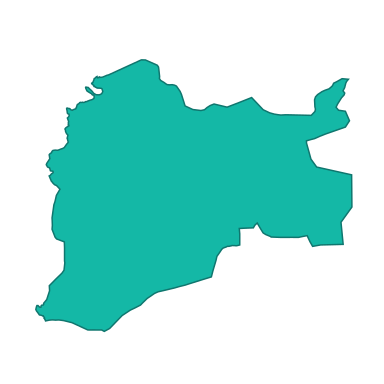 Bukkuyum, Zamfara, Nigeria (Natural Earth projection), rotated 87°
{"feature_id": "59680162B43558777101724", "entity_name": "Bukkuyum", "entity_type": "district", "adm_level": 2, "iso_a3": "NGA", "parent_name": "Nigeria", "parent_adm1": "Zamfara", "projection": "natural_earth1", "projection_center": [5.481, 11.985], "detail": "fine", "context": "isolated", "style": "filled", "palette": "teal", "viewbox_px": 384, "rotation_deg": 87, "n_neighbors": 0, "source": "geoboundaries", "source_scale": "gbopen_adm2", "svg_char_len": 5548}
<svg xmlns="http://www.w3.org/2000/svg" viewBox="0 0 384 384"><g transform="rotate(87 192 192)"><path d="M252.2,43.8L230.0,44.8L215.4,33.1L183.2,31.7L173.6,66.2L165.4,71.5L158.5,73.0L149.1,75.1L146.8,75.0L146.7,74.2L145.9,70.8L145.1,66.8L144.0,63.9L142.9,61.1L142.5,59.8L141.1,55.7L135.2,35.4L129.1,31.0L119.4,34.6L118.0,41.4L114.9,43.7L113.2,42.8L111.6,41.9L105.8,37.8L103.0,35.0L101.2,34.3L98.9,35.9L95.8,34.1L91.3,32.7L89.7,31.8L87.6,29.9L86.7,36.2L89.5,41.9L90.8,44.9L92.1,45.5L93.5,46.4L94.8,48.0L96.2,49.9L97.3,53.7L98.6,57.0L101.3,61.5L103.5,63.7L106.4,64.8L110.1,64.8L113.4,64.8L115.7,64.4L118.0,65.0L121.7,68.9L119.8,94.2L119.8,96.5L119.8,99.4L119.3,102.1L119.0,103.5L118.5,105.9L118.3,106.4L117.0,110.3L113.6,116.6L100.8,127.5L105.4,141.1L106.4,144.2L109.1,152.5L105.3,165.4L106.6,169.3L108.4,172.5L110.5,175.2L111.1,178.8L109.7,186.8L105.7,194.4L94.1,197.4L90.9,198.6L85.4,202.0L84.4,203.8L83.8,206.1L83.8,209.1L83.4,211.4L81.0,214.4L79.0,217.4L77.1,218.6L75.0,218.3L67.9,218.7L65.5,218.9L63.6,220.0L57.7,231.6L57.4,235.7L70.8,269.5L70.9,270.6L71.4,271.9L71.8,273.0L72.5,275.0L72.7,275.9L72.7,277.4L72.5,278.0L72.2,278.3L72.3,278.6L72.5,278.6L72.8,278.8L72.7,279.4L73.0,279.8L73.0,280.4L72.4,280.7L71.7,280.8L72.2,281.8L72.8,282.3L73.3,283.0L73.5,283.6L74.0,283.9L74.6,284.0L75.4,284.3L76.4,284.9L77.1,285.1L77.5,285.4L77.8,286.0L78.1,286.5L78.7,286.5L79.2,285.6L80.0,285.2L80.5,284.4L81.4,284.4L81.6,284.2L81.6,283.9L81.6,283.6L82.3,282.9L82.5,282.4L82.7,282.1L82.9,281.6L83.0,281.5L83.2,281.4L83.3,280.8L83.4,279.3L83.7,277.3L83.8,277.1L84.2,276.5L84.8,276.4L85.9,276.1L86.8,275.8L87.8,276.2L89.1,277.1L89.8,278.5L90.1,279.7L90.0,281.0L89.8,282.8L89.5,283.1L89.0,284.0L88.1,285.2L87.0,285.9L86.3,286.4L85.3,287.2L84.5,288.1L83.5,289.0L82.8,289.6L82.1,290.3L82.1,290.6L82.0,291.1L81.7,292.2L81.7,292.6L82.2,292.8L82.5,292.6L83.2,292.6L84.0,292.2L85.1,291.8L85.8,291.4L86.6,290.2L87.0,289.7L87.5,288.9L88.1,288.1L88.4,287.4L88.9,287.0L89.5,286.7L89.9,286.3L89.9,285.8L89.9,285.6L90.4,284.9L90.8,284.7L91.9,284.8L93.1,284.9L93.7,285.3L94.0,286.1L94.5,286.9L94.8,288.2L95.1,289.5L95.6,290.8L95.7,291.4L96.2,292.3L96.2,293.6L96.7,294.4L96.9,295.2L96.9,295.9L96.6,296.6L96.8,297.2L96.8,297.8L96.6,298.8L96.9,299.5L97.7,300.2L98.2,300.9L98.5,301.8L99.2,302.2L101.1,302.9L101.3,303.0L101.6,303.0L101.9,303.3L102.1,303.5L102.5,303.5L102.8,303.8L103.0,303.9L103.0,304.1L103.0,304.4L103.0,304.6L103.2,304.9L103.3,305.3L103.5,306.1L103.7,306.6L104.0,306.9L104.1,307.1L103.8,308.2L103.7,308.4L103.2,309.1L102.9,309.2L102.7,309.3L102.4,309.7L102.2,310.1L102.2,310.5L102.1,310.9L101.9,311.5L101.7,311.9L101.7,312.0L101.6,312.4L101.9,312.8L102.5,312.8L103.0,312.8L103.7,312.6L105.7,312.4L106.3,312.4L106.5,312.4L107.2,312.1L107.3,311.9L107.5,311.6L107.6,311.3L107.7,310.9L107.9,310.8L108.2,310.8L108.4,310.8L108.7,310.7L109.0,310.6L109.3,310.7L109.5,310.8L109.8,310.9L110.6,311.4L111.6,312.6L115.2,311.5L115.5,311.6L116.0,311.8L116.4,311.9L116.6,311.8L116.9,311.9L117.2,311.9L117.5,311.8L117.7,311.7L118.0,311.8L118.2,312.0L118.3,312.1L118.5,312.1L119.1,311.5L119.4,311.6L119.6,311.6L120.1,312.7L120.4,313.2L121.2,314.5L122.1,315.4L122.5,315.5L122.9,315.5L123.2,315.3L123.6,315.2L124.3,315.1L124.6,315.1L124.9,315.1L125.5,314.9L126.4,314.5L127.3,314.2L127.6,313.8L128.0,313.5L128.2,313.2L128.4,313.2L128.6,313.2L128.8,313.1L129.0,313.0L129.4,313.1L129.6,313.2L129.8,313.3L130.3,313.4L130.6,313.5L131.0,313.6L131.3,313.8L131.6,313.9L131.7,313.6L131.9,313.5L133.0,313.6L134.3,313.3L135.8,313.0L136.8,313.8L137.8,314.8L139.0,315.7L141.0,317.3L141.8,319.0L142.3,320.9L143.3,323.7L143.2,324.9L143.0,326.4L143.2,328.6L143.8,329.4L144.4,329.8L145.4,330.3L146.1,331.4L146.6,332.1L147.4,332.7L148.7,332.5L150.4,332.4L151.2,332.2L155.9,335.6L157.2,336.1L158.3,335.5L159.1,335.2L159.8,334.5L160.2,333.5L160.4,333.0L161.8,332.6L163.4,332.3L163.5,332.2L163.9,330.2L164.0,329.8L165.1,329.6L165.9,330.2L166.5,331.4L167.9,332.6L168.5,333.8L173.8,331.9L173.9,331.7L175.7,330.5L177.5,328.9L178.2,327.5L178.4,327.0L182.3,323.7L188.3,327.6L194.3,329.3L197.6,330.6L210.5,333.1L213.0,333.1L218.1,333.2L221.9,333.7L229.9,331.1L231.8,329.7L234.9,322.6L235.1,322.1L241.0,322.2L254.2,322.9L256.0,322.7L263.4,323.9L266.2,326.1L271.8,332.5L278.1,339.4L283.2,339.4L291.8,342.7L295.4,346.0L296.4,346.0L297.1,346.5L297.2,348.1L297.9,348.7L299.0,348.8L299.2,349.7L298.8,350.4L297.3,351.8L297.3,352.8L298.6,353.4L301.1,354.1L302.5,353.6L304.4,352.3L306.8,350.8L307.2,348.9L307.8,347.8L307.8,347.1L308.7,347.0L309.3,346.1L309.8,345.9L310.2,346.1L310.4,346.3L310.7,346.1L311.0,345.8L311.3,345.6L311.6,345.6L311.9,345.3L312.3,345.1L312.6,345.2L313.1,345.0L312.5,341.2L312.4,338.1L312.8,334.9L312.8,331.7L313.7,326.9L316.2,318.7L324.3,303.3L325.1,289.4L326.6,286.9L324.0,281.4L311.7,268.2L306.7,259.7L304.8,255.1L302.2,249.3L300.4,247.4L296.0,242.4L291.3,234.7L289.9,231.1L289.0,225.9L286.9,214.5L285.8,209.8L284.6,203.6L283.6,199.9L280.0,185.9L279.9,185.5L277.8,177.1L272.0,175.3L261.5,171.6L257.6,170.5L253.5,167.3L251.2,165.6L250.9,165.4L249.6,163.8L248.6,160.5L248.4,160.2L248.1,159.4L248.1,158.8L248.2,157.9L248.1,157.5L248.0,156.7L247.8,156.0L247.8,155.4L247.5,154.9L247.6,154.3L247.7,153.6L247.7,152.7L247.9,151.5L248.0,150.6L247.9,149.6L247.6,148.1L247.4,147.1L236.3,146.5L230.9,146.7L230.9,140.0L231.0,132.6L228.5,131.0L226.4,128.5L232.4,125.4L236.6,123.1L238.4,120.5L240.5,116.0L241.1,115.4L241.9,106.5L242.2,101.1L242.5,94.7L242.9,88.1L242.3,84.3L241.6,79.3L247.8,76.8L252.6,74.4L251.6,66.3L251.8,59.1L252.2,43.8Z" fill="#14b8a6" stroke="#0f766e" stroke-width="1.5"/></g></svg>